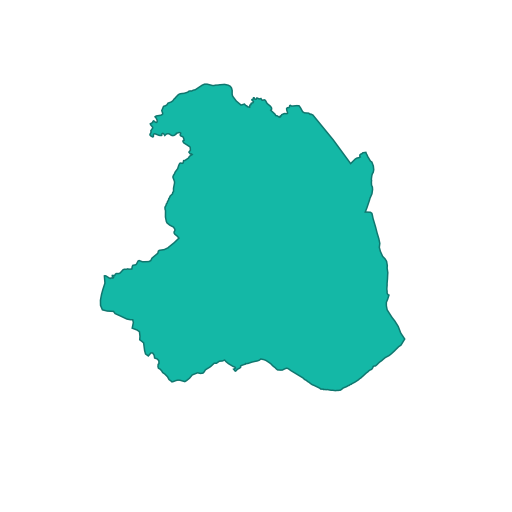 Siguiri, Siguiri, Guinea, rotated 311°
{"feature_id": "49546643B83328532988272", "entity_name": "Siguiri", "entity_type": "district", "adm_level": 2, "iso_a3": "GIN", "parent_name": "Guinea", "parent_adm1": "Siguiri", "projection": "mercator", "projection_center": [-9.454, 11.68], "detail": "fine", "context": "isolated", "style": "filled", "palette": "teal", "viewbox_px": 512, "rotation_deg": 311, "n_neighbors": 0, "source": "geoboundaries", "source_scale": "gbopen_adm2", "svg_char_len": 6112}
<svg xmlns="http://www.w3.org/2000/svg" viewBox="0 0 512 512"><g transform="rotate(311 256 256)"><path d="M157.6,311.1L158.3,313.1L158.0,314.0L156.9,313.8L155.9,313.3L155.8,314.2L155.5,315.1L155.6,316.0L156.0,316.2L158.1,316.3L159.2,316.6L159.8,316.9L161.0,317.3L161.9,317.4L163.0,316.5L164.2,317.0L166.6,318.4L167.3,318.9L168.0,318.7L168.2,319.2L169.9,320.6L173.2,322.5L175.7,324.3L177.6,325.8L179.4,326.8L181.4,327.2L183.0,330.0L183.7,332.0L184.2,335.6L184.4,337.9L184.2,339.6L184.1,341.5L184.3,343.5L184.1,345.5L184.2,347.0L186.0,349.4L187.2,350.7L189.4,351.6L190.4,352.1L191.4,352.7L192.1,354.0L192.4,357.5L194.8,371.4L194.7,372.4L194.7,373.8L195.2,375.7L195.1,377.1L195.5,379.0L195.5,380.8L195.8,383.0L196.4,384.6L197.8,389.8L198.1,391.1L198.0,392.1L199.7,394.3L199.6,394.7L200.6,395.7L201.0,396.5L202.2,397.7L203.3,399.7L204.3,401.2L204.9,401.8L206.5,404.3L207.7,405.3L208.4,406.2L209.4,407.0L210.1,407.7L211.5,408.1L213.2,408.3L214.4,408.8L216.9,410.1L218.6,410.6L219.4,411.2L220.0,411.2L221.2,411.6L221.6,412.0L222.4,412.1L225.7,413.4L229.9,414.6L231.3,414.7L232.9,415.2L233.9,415.2L234.6,415.4L240.2,416.0L241.9,416.4L244.1,416.6L246.3,417.6L247.0,417.6L248.4,417.4L249.6,416.9L250.9,417.7L251.4,418.3L253.5,418.6L255.4,418.7L257.6,419.0L258.5,419.3L260.0,419.6L261.1,419.7L264.2,420.2L268.0,421.7L268.9,421.9L271.1,422.3L275.4,422.8L276.0,422.8L280.1,423.1L281.3,423.2L283.8,423.9L290.9,422.7L292.8,415.8L296.1,409.6L298.0,403.4L298.9,398.8L301.4,390.3L303.9,387.1L306.5,384.8L309.5,383.8L313.7,382.0L313.4,381.0L313.5,380.6L313.8,379.7L314.4,378.9L315.5,378.0L316.5,376.8L317.4,376.0L320.0,374.1L321.2,373.0L324.9,370.3L328.3,367.6L329.8,366.5L332.9,362.9L334.9,361.4L337.6,358.1L338.5,355.3L338.8,351.8L341.1,346.8L343.4,343.4L346.7,341.2L349.6,337.4L353.0,332.0L356.2,327.4L361.1,319.7L363.1,317.1L364.2,315.5L364.1,313.7L360.9,309.6L365.1,308.1L372.6,305.0L374.2,304.2L379.0,302.7L382.6,300.4L384.4,298.6L385.2,296.8L387.6,294.5L388.7,293.8L389.6,292.7L392.6,290.7L394.3,289.9L396.0,289.6L398.3,288.3L400.9,285.5L402.9,281.8L402.7,280.2L403.2,278.5L403.8,276.8L404.3,275.1L405.0,273.8L405.5,272.3L406.3,270.9L404.0,268.9L402.7,268.8L401.6,268.2L400.4,268.1L399.5,268.8L399.2,269.7L397.8,269.2L396.1,267.9L394.3,267.3L387.8,266.8L394.3,238.1L399.7,206.5L399.1,204.2L398.4,204.0L398.4,202.1L395.8,198.6L395.5,196.5L397.1,192.2L397.6,189.9L396.2,188.1L392.5,184.6L392.2,183.0L391.6,182.8L390.3,183.5L389.5,183.4L388.6,182.5L387.5,182.3L386.4,183.3L385.0,185.6L384.4,186.2L383.7,186.0L382.1,183.9L379.5,182.7L377.3,183.1L377.4,182.5L376.1,182.5L375.6,179.8L374.9,178.7L375.5,177.3L375.7,171.5L376.7,171.6L377.3,171.3L378.1,170.3L378.5,168.5L378.4,164.3L379.6,161.0L379.4,159.9L377.7,158.6L377.6,157.9L378.1,156.4L376.7,155.5L375.9,153.0L374.3,153.2L373.8,152.7L373.7,152.0L374.2,150.9L373.8,150.3L372.6,150.9L371.4,150.3L370.9,150.9L371.0,152.6L370.5,153.0L369.6,153.1L368.2,152.2L367.7,152.3L367.0,152.9L365.8,152.4L364.1,153.6L363.0,151.5L363.3,150.5L362.8,149.5L363.1,147.6L360.1,145.7L360.0,139.5L361.3,133.5L362.5,131.8L365.2,129.5L366.7,127.4L367.2,125.3L366.7,123.0L364.9,119.7L361.0,115.9L360.3,115.4L358.3,113.3L357.0,112.4L356.1,111.3L353.7,106.5L351.9,104.4L349.6,103.3L341.6,101.1L340.0,99.9L338.0,99.0L337.4,98.0L336.3,97.2L335.2,97.1L333.8,96.4L331.6,95.0L329.4,92.9L327.9,91.9L326.4,91.5L322.5,91.3L322.2,91.5L321.1,91.2L318.5,91.4L316.5,90.9L313.6,89.3L311.7,89.6L309.7,89.0L308.9,88.3L308.1,88.1L303.9,89.5L302.6,91.8L301.9,92.4L301.0,92.3L299.9,91.9L296.2,88.8L294.8,88.5L294.6,90.1L293.7,92.2L292.7,93.2L291.6,93.4L291.0,92.5L290.9,90.1L290.0,89.9L289.0,90.4L286.4,89.5L285.9,90.4L285.4,93.5L284.8,94.1L281.7,94.4L280.4,95.7L278.5,96.1L277.8,96.5L277.6,98.1L278.1,100.0L278.8,100.2L280.3,99.0L281.3,99.0L281.9,99.4L283.5,103.8L284.8,105.5L285.2,105.7L286.5,104.8L287.2,105.0L287.6,105.6L287.6,106.6L287.1,108.1L289.2,108.3L290.6,109.3L291.3,110.6L291.5,112.7L291.9,113.8L293.0,114.9L293.9,115.3L295.8,115.7L296.3,115.4L298.7,116.9L299.2,117.6L299.4,118.4L298.9,118.9L297.8,119.2L297.4,119.7L297.3,120.5L297.9,122.3L297.9,123.1L297.0,124.8L296.2,125.8L295.4,125.3L294.7,125.5L294.3,126.2L294.0,127.4L295.0,134.3L294.8,135.1L292.8,137.1L290.4,137.2L289.9,139.4L290.7,140.3L290.7,141.3L288.0,140.5L286.9,140.5L285.6,140.8L281.3,139.6L280.5,138.8L278.5,139.9L277.7,139.7L276.5,137.9L275.8,137.7L273.8,138.2L270.5,139.6L266.4,139.9L264.0,140.7L262.9,140.7L261.2,141.4L260.7,142.0L258.9,145.4L257.7,146.6L253.0,149.3L250.5,151.5L249.4,151.4L248.2,152.2L244.9,151.9L243.2,152.5L241.9,152.6L241.0,153.2L238.7,153.6L237.8,154.2L236.4,154.2L235.0,155.0L233.7,155.1L232.7,155.6L231.4,157.0L230.9,157.9L226.0,162.1L223.3,165.6L222.6,167.1L222.7,170.6L223.7,174.8L222.9,177.3L222.0,178.1L220.4,178.4L219.6,179.2L219.2,180.5L219.3,183.7L218.9,186.1L212.1,185.5L205.7,184.3L204.9,184.4L200.7,182.6L196.8,179.3L195.6,179.1L193.7,180.1L186.1,178.9L183.5,179.6L182.8,179.2L182.2,179.3L181.0,178.3L177.2,174.2L175.9,170.8L174.9,170.3L171.5,171.1L170.5,171.0L168.2,169.2L167.1,169.4L164.7,170.8L162.6,168.7L162.2,167.7L160.8,166.8L159.7,165.4L158.5,164.7L154.0,164.6L152.8,164.0L151.0,162.0L149.8,161.8L148.3,162.2L147.5,160.7L147.0,160.3L146.5,160.7L146.2,162.6L145.4,162.5L144.4,161.0L143.5,160.8L143.1,159.7L142.5,155.8L142.0,154.9L141.5,154.6L136.4,159.8L130.5,162.3L125.7,164.6L120.6,167.6L116.7,171.1L114.6,175.4L116.9,179.9L120.7,184.8L120.1,187.4L121.8,193.1L123.7,199.9L125.5,203.0L127.0,204.8L125.3,207.1L120.3,209.9L122.1,214.8L122.4,217.7L119.2,221.2L116.5,223.2L116.7,225.8L116.7,228.2L111.6,233.9L109.6,236.9L109.9,240.3L114.0,240.3L115.0,241.7L114.3,244.2L112.5,246.4L113.5,249.0L113.2,251.4L111.1,253.4L110.1,253.2L108.2,254.6L107.3,256.0L107.7,257.9L107.4,260.3L106.8,262.0L107.1,264.5L106.8,268.5L105.7,271.4L105.9,274.0L105.8,275.0L106.5,275.7L109.5,277.3L111.0,278.4L112.3,280.0L114.5,284.7L116.3,285.3L120.2,286.0L124.4,285.9L129.5,288.5L130.9,291.1L132.8,292.8L134.6,292.9L136.9,292.5L138.9,293.1L141.7,294.0L143.0,294.3L147.7,294.8L149.1,296.5L152.6,297.4L154.7,299.5L156.9,300.6L156.6,302.6L156.7,305.9L157.6,311.1Z" fill="#14b8a6" stroke="#0f766e" stroke-width="1.5"/></g></svg>